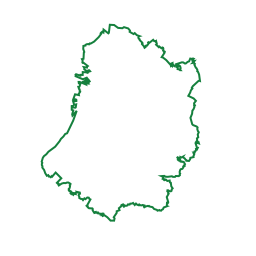 the district of Kota Semarang, Jawa Tengah, Indonesia, rotated 292°
{"feature_id": "22746128B5783483209745", "entity_name": "Kota Semarang", "entity_type": "district", "adm_level": 2, "iso_a3": "IDN", "parent_name": "Indonesia", "parent_adm1": "Jawa Tengah", "projection": "mercator", "projection_center": [110.384, -7.023], "detail": "fine", "context": "isolated", "style": "outline", "palette": "green", "viewbox_px": 256, "rotation_deg": 292, "n_neighbors": 0, "source": "geoboundaries", "source_scale": "gbopen_adm2", "svg_char_len": 5813}
<svg xmlns="http://www.w3.org/2000/svg" viewBox="0 0 256 256"><g transform="rotate(292 128 128)"><path d="M187.4,55.9L184.5,56.9L182.1,59.0L181.4,58.8L175.5,60.8L174.6,59.5L173.5,60.7L171.6,61.2L171.4,61.8L171.8,62.4L170.4,67.5L169.6,67.0L168.7,67.3L167.9,64.2L167.3,65.0L166.0,65.5L165.4,68.2L164.7,68.0L166.8,69.9L167.0,70.5L166.4,71.6L164.5,69.2L164.1,69.8L163.9,69.6L164.1,68.8L162.9,65.1L160.2,66.1L159.5,64.0L158.7,64.2L158.4,59.7L157.6,59.4L157.0,60.1L156.4,60.1L156.3,67.9L159.2,70.9L158.5,72.0L155.1,70.1L153.7,68.7L153.4,68.7L153.3,69.9L154.5,71.5L155.5,72.2L155.9,71.8L155.7,72.4L157.8,73.5L156.9,75.0L155.2,74.0L154.8,74.6L154.5,74.4L154.9,73.7L154.5,72.5L153.8,72.3L153.7,73.1L153.0,71.4L152.6,72.0L152.6,66.0L152.2,65.0L151.0,65.7L150.9,67.3L148.2,67.5L147.8,67.4L147.5,66.6L145.8,68.0L145.7,68.7L144.0,69.4L144.0,70.0L143.7,70.1L141.2,69.5L140.1,70.2L139.4,66.3L134.0,66.5L135.0,68.8L134.7,69.6L133.7,70.0L132.1,67.2L129.3,69.4L130.5,71.1L127.5,71.8L127.1,71.6L126.5,69.4L127.0,68.8L127.9,68.7L127.3,67.6L123.8,69.0L123.8,70.7L119.8,71.1L118.7,71.9L124.7,74.0L114.3,74.4L100.3,73.5L98.9,72.0L95.9,71.3L92.8,69.9L90.1,69.5L83.4,67.5L76.2,63.1L73.0,62.1L70.4,60.6L68.5,60.2L64.4,60.6L63.6,61.6L62.3,61.6L61.1,62.2L60.6,63.0L59.2,63.4L57.7,65.9L55.1,68.2L53.3,70.7L54.4,71.7L53.5,72.8L53.8,73.0L53.4,74.8L54.8,75.3L54.5,75.9L59.6,77.6L56.4,85.0L50.5,82.6L49.9,84.1L50.4,84.4L50.1,85.2L49.1,85.0L48.8,85.4L51.6,87.3L52.9,89.0L53.5,90.8L54.6,91.9L55.1,93.2L54.7,95.6L53.8,95.8L53.2,95.4L51.9,96.2L49.2,96.4L49.1,96.0L48.2,96.3L47.6,97.2L48.0,98.4L47.7,99.2L46.1,99.0L45.6,100.0L46.9,100.3L47.2,101.5L46.0,101.2L45.5,102.3L46.8,102.6L47.1,104.1L47.9,103.3L49.1,105.0L49.6,104.4L50.1,107.5L49.1,108.1L48.4,107.4L47.1,107.4L45.9,108.7L44.9,109.0L44.6,110.7L45.0,112.1L44.3,113.3L46.4,113.9L46.1,115.2L48.3,116.3L48.7,117.7L47.8,118.8L47.7,119.9L41.1,119.1L40.7,119.6L40.2,119.0L39.2,121.0L39.0,121.9L40.1,125.1L39.7,125.7L38.5,126.0L37.0,128.0L37.8,129.1L37.0,129.2L38.1,130.7L37.5,131.5L37.6,132.1L38.2,132.2L37.8,132.9L38.3,135.0L37.5,135.1L37.7,135.7L37.3,136.0L37.9,136.5L39.1,136.4L39.4,137.3L39.0,137.7L37.6,137.3L37.1,137.6L38.2,138.7L38.2,139.3L37.5,142.3L35.6,146.5L36.9,149.8L39.2,149.4L39.9,148.2L45.0,149.3L46.6,148.7L48.6,150.9L50.2,149.6L52.6,150.9L54.1,150.8L55.4,152.1L55.2,152.7L54.7,152.2L54.0,152.6L53.5,153.7L55.0,154.4L55.1,155.3L56.0,156.5L57.2,156.6L57.6,158.2L58.7,158.4L59.4,160.0L60.4,160.8L59.1,163.1L60.9,163.7L60.3,165.2L60.4,167.0L61.3,167.1L61.0,168.4L61.4,169.7L62.1,170.4L62.3,172.2L61.0,172.2L60.6,172.8L61.9,173.8L63.2,175.6L63.1,176.2L63.6,176.7L63.3,177.5L63.8,180.4L62.7,182.5L62.9,185.5L62.4,186.3L63.7,187.9L63.4,188.4L63.8,189.7L64.7,189.9L65.7,190.8L67.7,190.9L70.2,193.6L70.2,193.2L73.2,192.2L73.3,193.9L73.5,193.2L74.3,193.1L78.5,189.8L82.3,190.3L82.6,189.6L83.8,189.3L84.0,188.2L85.0,187.9L85.3,188.5L85.0,190.5L85.5,191.6L86.1,191.9L87.4,191.5L88.8,192.0L90.1,190.0L93.3,188.2L93.3,187.2L94.9,186.3L93.6,184.3L94.3,182.6L93.2,181.2L93.5,180.5L94.1,180.8L93.9,179.2L95.3,179.3L95.8,178.9L95.9,177.0L97.2,179.6L96.9,181.0L97.6,183.1L99.7,186.8L99.5,187.8L100.3,189.9L101.4,190.3L102.4,193.1L103.7,193.8L104.4,193.3L105.3,193.4L105.5,192.9L106.7,192.3L108.6,192.1L109.5,192.3L110.5,193.7L112.3,194.1L113.0,193.6L113.4,193.8L114.6,195.5L114.1,194.5L114.4,194.0L115.8,194.4L117.4,192.4L117.2,191.0L116.8,190.8L117.1,189.2L116.6,189.0L117.4,187.4L116.9,187.0L117.3,186.0L118.4,185.8L119.5,184.2L119.2,187.1L119.4,186.9L120.1,187.6L120.7,187.4L120.6,188.5L122.0,189.7L121.5,189.6L121.0,192.1L120.2,193.2L120.1,194.1L119.5,194.4L120.3,196.9L122.3,197.3L123.7,197.0L125.6,199.7L126.5,199.2L128.3,199.3L128.9,198.5L129.5,198.8L129.9,198.0L130.2,198.6L131.1,198.5L131.2,199.1L133.1,199.4L134.1,198.8L134.7,199.3L134.3,200.0L135.8,200.1L135.6,199.3L139.2,196.3L140.0,196.2L140.4,196.5L139.9,197.8L140.3,198.4L140.3,199.5L141.3,198.7L140.9,198.0L141.6,197.5L141.6,196.6L142.4,196.8L144.2,195.8L145.7,196.6L148.1,195.1L150.6,195.2L151.3,194.0L153.0,192.6L154.6,192.3L155.1,191.1L155.1,187.2L155.5,186.2L160.8,182.1L165.2,182.1L168.2,181.2L170.0,181.7L172.6,181.7L173.4,181.0L174.1,181.5L174.9,180.3L175.8,180.0L178.6,180.8L180.0,177.8L180.4,171.9L184.2,172.4L186.4,172.2L188.7,172.9L189.1,172.1L191.0,172.4L197.8,175.6L198.6,176.3L198.6,177.1L204.2,173.9L206.3,171.9L206.6,170.9L207.7,170.7L209.1,169.1L209.3,168.3L211.6,165.8L212.5,166.0L213.2,164.6L212.6,163.6L213.3,163.9L214.0,163.2L213.8,164.2L214.9,164.5L214.4,163.8L214.5,162.8L215.7,163.0L216.1,162.4L216.8,162.8L216.8,162.2L216.1,161.7L215.7,159.7L212.7,159.7L211.6,158.5L209.5,157.4L209.1,156.6L209.5,154.7L209.1,153.4L205.7,149.3L204.8,153.2L203.2,154.4L201.7,154.4L201.3,155.1L201.1,154.6L201.5,153.7L201.2,151.9L202.8,151.4L202.8,150.2L204.3,150.5L203.8,151.4L204.2,151.9L204.6,151.9L205.2,151.0L204.7,148.9L202.8,148.0L203.4,146.6L202.5,146.3L203.6,145.7L202.3,145.5L201.4,144.7L202.1,144.2L204.3,144.3L202.9,142.9L205.3,138.0L206.4,134.1L206.3,132.7L211.5,133.7L211.8,133.1L212.6,133.3L212.9,131.5L214.6,131.2L215.0,130.3L215.5,130.3L215.5,130.0L215.0,130.1L214.4,129.3L215.3,126.4L214.5,126.2L215.8,122.8L216.8,123.2L219.1,121.5L218.4,121.2L218.8,120.5L218.4,119.7L219.2,118.3L215.0,115.9L215.2,114.8L214.7,114.6L214.0,115.4L212.9,115.2L211.4,114.7L211.3,114.0L210.8,113.7L209.7,114.0L208.6,113.3L209.8,112.0L211.0,109.6L211.9,109.7L211.9,109.2L212.6,109.0L213.8,106.0L214.6,105.6L214.9,104.4L215.8,103.7L217.1,103.7L217.5,104.2L217.4,101.4L218.5,98.7L217.2,98.0L217.8,93.5L219.1,93.3L220.4,90.9L220.0,86.5L218.4,85.4L217.1,81.3L218.3,76.6L216.9,72.5L209.1,74.6L208.4,74.3L210.1,68.5L207.4,69.4L207.7,68.1L206.4,67.4L205.7,67.2L205.5,67.9L201.3,66.8L195.4,64.2L192.2,61.7L192.2,61.0L190.9,60.5L191.0,59.7L190.0,58.1L188.7,57.3L188.4,57.5L187.4,55.9Z" fill="none" stroke="#15803d" stroke-width="2"/></g></svg>